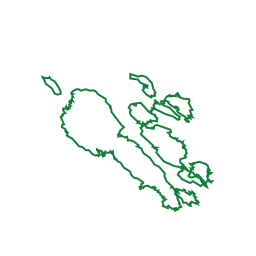 outline of Rennesøy nor, Rogaland, Norway, rotated 207°
{"feature_id": "86288312B22381651590620", "entity_name": "Rennesøy nor", "entity_type": "district", "adm_level": 2, "iso_a3": "NOR", "parent_name": "Norway", "parent_adm1": "Rogaland", "projection": "robinson", "projection_center": [5.661, 59.087], "detail": "fine", "context": "isolated", "style": "outline", "palette": "green", "viewbox_px": 256, "rotation_deg": 207, "n_neighbors": 0, "source": "geoboundaries", "source_scale": "gbopen_adm2", "svg_char_len": 5768}
<svg xmlns="http://www.w3.org/2000/svg" viewBox="0 0 256 256"><g transform="rotate(207 128 128)"><path d="M61.4,74.3L56.2,74.7L57.2,76.3L56.7,77.1L52.1,75.9L48.8,78.5L48.0,78.3L48.2,77.4L47.8,78.3L48.0,76.8L49.3,76.1L48.4,75.7L46.3,78.6L46.6,80.3L44.9,81.9L48.3,83.7L47.9,84.4L51.9,87.5L52.0,88.6L57.1,91.5L47.6,89.0L44.7,86.5L42.7,87.9L37.5,86.8L36.7,87.1L38.6,89.1L37.8,89.8L38.0,91.1L32.0,91.5L34.1,92.4L31.4,92.1L33.4,93.9L31.9,93.6L31.5,93.9L33.2,94.6L34.5,94.3L35.8,94.8L34.9,94.7L36.9,96.4L36.2,97.1L39.1,97.8L38.6,99.5L40.7,100.1L40.2,99.6L44.1,99.0L42.1,97.9L42.3,96.7L47.8,96.9L49.0,98.6L50.5,98.4L50.3,97.3L51.3,96.7L55.2,96.2L55.0,95.4L58.3,95.9L53.7,93.1L56.8,92.8L61.3,95.5L62.3,94.8L62.1,95.9L69.3,98.0L74.1,102.0L74.1,103.7L75.5,104.7L82.9,107.6L87.9,107.5L94.9,111.4L102.9,112.6L107.0,115.8L111.0,115.7L110.0,116.5L111.3,117.5L116.7,118.6L121.4,117.8L122.3,116.8L124.9,119.8L126.4,118.2L130.8,118.3L130.5,117.5L132.7,116.1L132.8,117.3L133.9,117.4L133.7,119.0L132.8,118.2L133.2,119.2L132.7,119.0L133.5,119.6L133.7,122.5L132.0,126.9L135.2,127.6L150.0,134.8L152.0,137.8L153.3,138.0L153.4,139.4L159.7,141.3L161.0,143.7L170.0,144.5L173.6,146.1L176.3,145.7L179.0,143.9L182.9,143.5L187.1,139.8L189.4,140.1L191.9,138.8L194.2,134.9L194.4,133.1L192.9,133.2L193.5,132.7L191.2,130.8L191.8,130.7L190.9,127.8L189.4,126.8L191.2,126.7L190.9,126.0L191.8,126.2L192.2,125.1L191.6,123.3L191.6,125.0L190.0,124.0L190.7,122.0L189.8,121.7L190.9,121.0L189.6,121.2L190.1,120.7L189.0,119.7L190.7,119.1L189.5,117.8L190.7,116.7L192.7,118.8L192.5,116.9L194.6,115.9L193.7,114.2L190.6,112.8L192.1,111.3L192.6,109.6L191.8,109.2L193.0,107.4L186.7,102.1L188.0,100.8L187.3,98.8L183.1,98.4L182.1,97.5L183.2,97.5L181.4,97.0L183.0,96.6L179.9,96.4L180.1,95.5L178.0,93.8L178.4,93.4L173.1,93.3L163.2,89.5L159.8,90.4L155.6,89.1L152.8,90.4L147.6,88.6L144.5,88.7L143.3,89.8L141.4,89.6L140.8,91.0L141.8,90.8L142.2,92.7L143.5,92.8L144.3,93.9L145.5,94.2L145.9,94.9L142.9,94.6L142.2,95.4L138.3,94.6L137.2,93.0L139.1,92.9L137.5,91.3L136.2,92.8L137.5,96.6L134.9,96.5L132.8,98.3L133.1,99.4L131.3,99.1L130.8,100.3L129.6,98.3L130.5,97.9L128.6,97.3L126.3,94.6L126.1,95.3L123.5,93.8L124.7,95.3L122.0,93.6L118.8,93.7L113.7,90.8L106.6,90.2L102.9,87.3L99.4,86.4L96.9,87.4L89.7,86.5L89.7,85.2L90.8,84.1L89.6,82.0L91.0,80.8L89.8,79.3L88.9,79.5L89.8,80.7L88.8,81.9L87.1,81.5L87.1,83.3L84.2,85.6L79.9,85.4L78.3,86.1L79.0,86.7L77.8,87.6L77.3,86.2L76.3,86.7L76.4,85.4L73.5,85.3L72.5,86.2L71.8,84.8L73.4,84.3L70.1,84.7L68.5,83.0L64.7,82.8L65.6,81.4L65.1,81.2L61.9,81.5L63.9,77.9L61.2,75.2L61.4,74.3ZM70.1,115.0L63.2,116.9L61.8,120.2L65.6,121.0L67.1,123.2L67.0,124.2L63.2,127.8L63.3,128.8L64.9,129.2L64.2,132.2L65.4,132.8L66.1,135.0L70.3,135.4L70.7,136.5L68.8,137.0L69.0,138.0L72.6,139.0L72.8,140.7L73.7,139.5L76.2,140.0L77.8,138.7L79.6,139.7L79.3,140.9L82.6,140.0L81.4,139.9L81.9,139.5L87.0,139.8L88.1,141.5L90.2,142.1L87.8,143.9L89.6,145.7L103.9,143.8L105.5,141.6L104.9,139.7L105.2,139.3L106.0,139.6L106.4,139.4L105.4,138.8L111.6,136.8L112.2,137.8L116.5,138.1L117.0,139.4L115.7,138.9L112.5,140.7L113.5,142.4L110.5,143.4L111.7,143.8L111.5,145.0L110.2,144.3L111.3,145.4L109.9,144.7L110.4,145.2L105.2,147.1L106.4,148.9L106.1,149.9L110.4,151.1L109.3,151.2L109.5,151.9L113.9,151.4L114.7,153.8L115.0,151.8L115.9,151.8L115.5,152.7L116.8,151.9L128.1,156.2L131.9,153.7L131.2,151.5L132.5,151.2L132.3,152.6L133.4,152.7L136.2,150.2L136.6,146.4L133.4,145.3L133.7,143.1L131.3,140.6L122.9,138.3L121.1,138.9L121.9,136.9L118.5,137.6L115.7,136.1L116.9,133.9L113.7,131.9L113.7,128.2L98.0,123.9L97.6,122.3L93.5,123.6L94.7,122.0L91.3,122.0L92.2,121.5L91.6,118.9L80.9,114.5L70.1,115.0ZM78.4,160.6L75.9,161.1L79.9,162.2L79.5,164.0L76.7,164.8L79.4,166.2L75.9,167.0L78.1,167.7L77.2,168.6L80.8,171.7L78.8,173.3L85.4,177.9L85.3,180.0L87.0,181.5L91.2,179.4L95.7,178.8L97.6,179.2L98.3,180.0L97.3,180.2L99.7,181.6L100.3,179.9L99.5,179.2L101.5,177.7L101.0,177.6L104.3,176.4L103.5,176.1L104.2,175.6L106.0,176.1L106.3,175.5L105.0,175.5L107.7,173.7L108.2,169.1L103.7,169.7L103.1,168.5L99.5,167.6L96.3,167.5L95.3,168.8L93.4,168.8L93.9,167.7L92.8,168.3L91.1,167.3L92.3,165.8L90.5,164.5L82.4,164.0L80.5,162.5L81.1,161.5L78.4,160.6ZM33.7,114.0L33.5,116.6L32.8,117.0L34.0,117.6L29.1,117.3L28.9,118.8L30.3,117.8L33.6,119.0L35.7,121.0L35.8,122.2L35.1,122.1L35.7,123.3L34.2,123.9L33.3,125.8L37.3,124.9L38.0,127.3L35.3,127.3L37.8,128.3L40.0,130.8L43.5,131.5L42.9,131.0L48.7,130.5L53.5,126.6L52.7,126.4L53.3,125.3L56.3,124.3L51.7,122.6L52.5,121.8L51.5,120.8L53.3,120.4L52.4,120.0L52.9,119.6L52.2,117.2L49.9,117.9L46.4,116.0L45.3,116.7L45.6,117.8L43.5,117.9L33.7,114.0ZM148.4,173.1L141.4,175.7L137.3,173.9L129.7,174.6L129.6,172.8L131.5,173.6L130.1,172.8L132.9,172.4L132.5,171.0L131.5,171.1L132.1,168.3L126.6,166.1L120.5,165.6L122.1,166.3L121.8,167.6L120.6,167.8L121.1,167.0L118.4,169.0L120.1,170.9L119.5,171.9L123.4,174.6L127.1,178.9L135.1,181.7L139.1,181.0L142.3,178.4L150.4,177.1L148.4,173.1ZM57.5,106.9L47.7,107.2L46.0,110.0L36.8,109.3L35.9,111.8L30.9,111.3L32.7,112.9L37.6,113.3L41.0,115.8L45.7,115.7L48.9,112.7L52.0,112.4L52.5,112.8L51.9,115.1L53.0,117.1L59.1,117.4L57.4,118.3L59.9,119.2L62.4,118.0L62.8,117.1L61.9,116.8L62.6,116.3L60.3,115.9L60.0,114.5L62.4,112.4L62.4,109.0L56.8,107.2L57.5,106.9ZM114.6,156.8L115.1,155.0L112.9,157.2L101.0,157.4L93.0,158.7L87.3,158.0L86.1,159.1L87.2,160.4L87.0,161.6L90.9,161.8L99.9,164.9L107.4,164.3L107.9,164.6L107.0,167.1L108.7,168.0L110.6,166.9L109.5,165.2L110.3,163.5L112.5,163.7L114.8,162.1L115.0,163.9L113.9,164.3L117.2,165.1L115.2,163.7L115.7,159.9L113.6,158.1L115.2,156.9L114.6,156.8ZM208.8,125.4L206.0,125.8L203.6,127.7L204.5,129.7L207.1,132.0L214.5,136.3L218.4,136.3L221.0,137.6L221.0,136.7L224.7,134.8L227.1,134.6L221.1,130.1L213.7,128.7L208.8,125.4Z" fill="none" stroke="#15803d" stroke-width="2"/></g></svg>